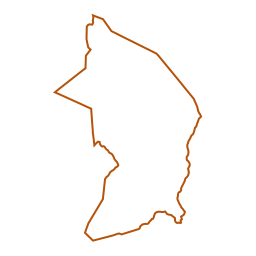 the district of Riachão do Jacuípe, Bahia, Brazil
{"feature_id": "56859067B71241213930748", "entity_name": "Riachão do Jacuípe", "entity_type": "district", "adm_level": 2, "iso_a3": "BRA", "parent_name": "Brazil", "parent_adm1": "Bahia", "projection": "equal_earth", "projection_center": [-39.393, -11.797], "detail": "fine", "context": "isolated", "style": "outline", "palette": "amber", "viewbox_px": 256, "rotation_deg": 0, "n_neighbors": 0, "source": "geoboundaries", "source_scale": "gbopen_adm2", "svg_char_len": 2370}
<svg xmlns="http://www.w3.org/2000/svg" viewBox="0 0 256 256"><path d="M201.1,116.6L200.1,114.4L199.0,112.8L198.3,111.3L197.7,109.0L197.2,106.7L194.7,101.0L193.6,98.6L184.1,87.0L183.1,85.7L174.9,75.7L158.5,55.8L156.5,53.6L134.6,42.7L125.1,38.0L123.1,37.0L111.4,31.1L108.5,27.0L103.0,19.2L93.0,15.4L93.4,17.0L93.1,19.0L92.8,20.5L93.2,22.5L92.3,24.6L90.7,24.5L89.5,24.3L88.0,25.0L86.8,26.6L86.5,39.1L87.5,44.1L88.3,47.5L90.6,49.6L85.9,55.7L85.5,68.2L81.1,71.6L60.6,87.7L59.1,88.9L54.9,92.3L71.1,99.6L81.1,104.1L86.2,106.5L91.2,108.7L91.4,112.1L91.7,116.4L92.1,122.0L92.4,125.7L92.6,128.3L92.8,131.3L92.9,133.4L93.2,135.1L94.4,145.3L95.9,143.6L97.9,141.7L99.6,142.0L100.0,144.1L100.8,145.3L102.0,146.5L103.6,146.2L104.6,146.8L105.6,148.4L106.5,149.5L107.9,150.3L108.9,152.1L109.9,153.0L111.4,153.7L112.4,154.7L113.3,156.3L114.0,157.6L114.5,159.2L115.4,160.3L116.5,161.5L117.5,163.0L118.3,165.2L117.6,166.4L115.5,167.5L114.6,168.9L113.3,170.0L112.0,170.8L110.3,172.1L108.2,175.7L106.2,177.3L105.0,179.3L102.9,199.1L88.4,223.3L85.7,230.7L85.0,232.8L93.0,240.6L113.1,235.4L117.9,233.7L119.1,233.5L120.4,234.0L121.5,234.4L138.9,229.0L139.8,228.0L140.2,226.4L141.7,225.1L142.7,224.3L143.8,224.2L145.3,223.8L146.9,224.0L148.4,223.4L149.6,221.5L151.0,220.2L151.8,219.0L153.0,218.8L153.7,217.4L154.2,215.5L155.0,213.4L156.5,212.2L158.5,211.7L160.7,211.8L162.2,212.1L163.3,212.0L165.1,211.5L166.2,212.8L167.1,214.0L168.6,214.6L170.1,214.8L171.6,215.2L172.5,216.2L173.7,216.9L175.0,218.2L175.0,220.4L175.7,222.1L177.1,223.0L178.4,222.6L180.0,223.0L181.0,222.7L180.6,220.3L181.9,219.3L181.5,218.0L181.1,216.6L182.3,215.9L183.8,214.7L184.6,213.1L184.9,211.7L183.7,210.4L182.8,209.0L181.4,207.5L180.4,205.3L179.3,203.7L178.3,201.2L177.6,199.8L177.4,198.0L177.9,196.1L178.0,194.3L178.6,192.5L180.3,191.6L181.2,190.0L181.1,188.2L182.0,186.4L183.0,184.5L184.0,182.5L184.7,181.1L185.0,179.5L185.8,178.0L187.0,177.0L188.2,175.3L188.5,173.7L188.9,172.3L188.5,170.7L188.1,168.7L189.1,166.8L189.8,164.8L189.4,163.1L188.5,161.5L187.0,160.1L186.6,158.4L186.8,156.8L188.1,154.9L188.5,152.5L188.3,150.4L187.7,148.6L187.3,146.6L187.3,144.7L188.0,143.1L188.6,140.9L189.7,139.2L190.5,137.8L190.9,136.4L192.1,134.9L193.2,134.0L193.7,132.5L194.4,130.3L195.1,127.6L196.3,126.5L196.9,124.1L197.9,121.7L198.4,120.1L199.0,118.5L200.0,117.7L201.1,116.6Z" fill="none" stroke="#b45309" stroke-width="2"/></svg>